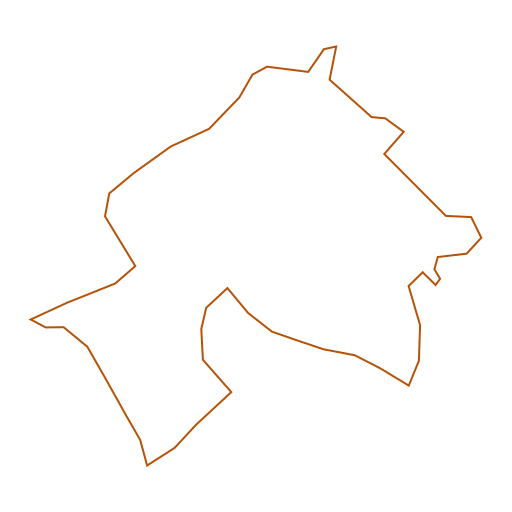 Ulugnar, Andijon, Uzbekistan (orthographic projection)
{"feature_id": "79887680B97911252833963", "entity_name": "Ulugnar", "entity_type": "district", "adm_level": 2, "iso_a3": "UZB", "parent_name": "Uzbekistan", "parent_adm1": "Andijon", "projection": "orthographic", "projection_center": [71.683, 40.776], "detail": "fine", "context": "isolated", "style": "outline", "palette": "amber", "viewbox_px": 512, "rotation_deg": 0, "n_neighbors": 0, "source": "geoboundaries", "source_scale": "gbopen_adm2", "svg_char_len": 775}
<svg xmlns="http://www.w3.org/2000/svg" viewBox="0 0 512 512"><path d="M481.3,237.8L471.2,217.1L445.9,215.9L384.3,154.0L403.7,131.8L385.2,118.3L371.6,117.1L329.6,79.7L336.2,46.5L323.9,49.2L308.2,71.9L267.0,66.7L252.5,74.6L239.3,97.5L209.0,128.9L170.9,146.4L133.7,173.1L109.3,193.4L105.0,216.3L135.3,266.1L115.2,283.5L67.1,302.7L30.7,319.5L45.6,327.4L63.6,327.2L87.3,346.7L105.2,378.0L126.6,416.3L140.2,439.9L147.1,465.5L174.7,447.8L196.1,424.7L219.0,403.5L231.3,392.1L202.9,359.8L201.3,329.0L206.2,307.8L227.4,288.1L248.2,313.1L272.0,331.7L297.4,340.5L323.6,349.3L354.9,355.3L380.0,368.2L408.8,385.6L418.9,360.7L420.1,325.2L408.6,286.0L422.7,272.3L435.6,285.0L440.1,278.8L434.4,269.2L437.8,257.0L466.6,253.7L481.3,237.8Z" fill="none" stroke="#b45309" stroke-width="2"/></svg>